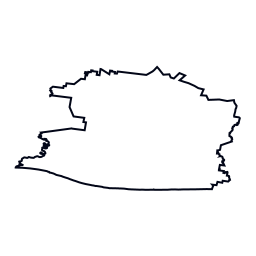 outline of Aldama, Tamaulipas, Mexico, rotated 91°
{"feature_id": "50627088B37332042551424", "entity_name": "Aldama", "entity_type": "district", "adm_level": 2, "iso_a3": "MEX", "parent_name": "Mexico", "parent_adm1": "Tamaulipas", "projection": "equal_earth", "projection_center": [-97.97, 22.96], "detail": "fine", "context": "isolated", "style": "outline", "palette": "ink", "viewbox_px": 256, "rotation_deg": 91, "n_neighbors": 0, "source": "geoboundaries", "source_scale": "gbopen_adm2", "svg_char_len": 5705}
<svg xmlns="http://www.w3.org/2000/svg" viewBox="0 0 256 256"><g transform="rotate(91 128 128)"><path d="M169.5,239.6L169.6,233.2L170.1,225.3L170.8,219.2L171.1,216.7L172.4,209.2L172.6,208.2L173.1,207.3L173.2,206.3L173.3,206.1L173.5,206.1L173.9,205.4L174.0,205.4L174.1,204.3L174.8,201.7L175.4,200.3L175.8,199.6L176.2,198.6L177.3,193.4L177.6,193.0L178.7,189.5L178.8,189.1L179.3,187.3L180.3,184.8L180.4,184.4L181.4,181.5L181.9,179.7L183.2,175.8L183.9,173.2L184.8,169.2L185.5,165.1L186.0,162.6L186.0,162.0L186.6,159.2L186.5,158.8L187.0,154.9L187.3,152.8L187.7,151.6L187.8,151.1L188.2,147.0L188.5,145.5L188.5,137.6L188.5,136.5L188.6,136.0L188.6,133.8L188.7,130.7L189.2,126.5L189.3,124.3L189.5,115.3L189.4,111.9L189.5,109.5L189.3,102.5L189.3,102.0L189.3,101.6L189.0,101.3L189.0,101.2L189.3,101.0L189.3,100.9L189.3,99.9L189.3,97.7L189.0,87.0L188.7,83.5L188.6,79.9L188.7,76.5L188.6,75.3L188.6,74.5L188.5,72.9L188.4,71.2L188.2,61.3L187.7,48.3L187.7,43.0L185.8,42.4L184.7,41.9L183.8,42.4L183.4,42.4L183.2,42.6L183.6,38.5L180.3,37.6L181.1,32.8L179.1,32.4L179.8,26.9L178.9,26.0L178.4,26.0L178.2,25.6L178.2,25.3L178.1,25.1L177.7,25.2L177.4,25.5L176.9,25.5L175.8,26.1L174.8,26.0L174.5,26.2L174.2,26.3L173.9,28.3L170.7,27.7L170.2,27.9L170.3,28.5L170.5,28.6L170.4,29.3L170.9,29.4L170.7,30.7L171.4,30.8L171.2,31.8L169.4,31.4L168.8,36.1L167.8,35.7L167.8,36.3L163.3,35.5L163.8,31.0L161.9,31.9L161.4,32.6L161.1,32.8L160.9,33.1L160.4,33.2L160.3,32.8L159.9,33.1L159.5,33.1L159.3,32.4L159.2,32.0L159.1,31.6L158.7,31.4L158.0,31.8L157.7,32.1L157.6,31.9L157.1,32.5L156.7,32.8L156.4,32.8L156.1,32.8L155.8,33.0L155.1,33.2L154.7,34.1L154.7,34.5L154.4,34.9L154.5,35.3L154.3,35.1L154.1,35.3L153.9,35.8L153.3,36.0L153.1,36.3L152.6,36.2L152.4,36.7L151.4,37.2L152.0,37.3L152.0,38.6L148.8,38.3L148.8,37.5L148.7,37.1L148.2,35.6L143.6,34.8L139.7,24.0L139.2,24.3L138.7,24.4L138.3,24.2L137.9,23.7L137.6,23.6L136.2,23.9L136.2,24.0L136.2,24.4L136.1,24.5L135.9,24.6L135.4,24.4L135.2,24.6L134.8,25.1L134.5,26.1L134.2,26.5L133.4,26.4L132.8,26.5L132.3,26.4L131.9,26.4L131.6,26.3L131.5,26.1L131.2,26.3L129.9,24.9L129.0,24.1L128.6,23.6L127.7,23.4L127.7,23.5L127.1,23.5L126.7,23.8L126.4,23.8L125.6,23.2L125.1,23.3L124.9,23.2L124.7,23.0L124.4,22.0L123.9,21.8L123.3,21.7L123.0,21.2L122.9,20.8L122.8,20.3L123.2,19.6L123.2,19.4L123.0,18.6L122.8,18.4L122.6,18.3L122.1,18.5L121.5,18.9L121.2,18.9L120.9,18.5L121.1,17.5L117.7,16.8L116.6,16.4L116.0,16.5L115.4,17.3L114.8,22.0L113.5,22.1L109.7,21.1L107.3,20.8L106.1,20.2L104.0,19.8L100.8,22.1L98.3,22.6L99.3,29.3L97.9,37.3L98.5,48.1L94.3,50.2L94.0,55.5L88.1,53.1L86.9,58.4L84.7,62.3L82.1,68.3L80.8,72.9L79.4,77.2L74.5,71.8L72.2,77.5L77.7,83.0L76.7,86.2L73.6,87.6L74.1,93.6L68.4,98.2L66.5,100.0L69.6,102.8L71.0,104.4L73.9,109.3L74.6,110.6L71.7,139.3L73.8,140.0L73.7,142.2L72.2,142.0L71.8,145.1L71.1,145.0L70.9,146.9L74.6,147.6L69.6,155.9L69.5,156.5L75.7,157.4L75.4,160.2L72.3,159.7L71.8,164.6L71.1,164.5L71.0,165.8L72.8,166.1L72.6,168.5L73.2,168.5L72.8,171.7L74.0,172.0L74.4,169.3L76.2,169.9L76.0,171.4L80.0,172.0L79.6,175.8L85.1,182.6L84.4,190.3L87.3,190.8L87.1,193.1L89.1,193.4L88.0,203.8L89.9,206.3L90.9,206.1L91.0,206.1L91.3,206.1L91.6,205.8L91.7,206.2L91.9,206.4L92.0,206.3L92.2,206.1L91.9,205.9L91.9,205.7L92.0,205.5L92.3,205.6L92.8,205.2L93.0,205.1L93.3,205.3L93.6,204.9L94.0,205.0L94.1,204.8L94.5,204.6L94.6,204.3L94.8,204.1L95.7,204.5L95.9,204.3L96.1,204.3L96.3,204.7L96.3,204.8L96.1,204.8L96.2,205.2L96.4,205.3L96.3,205.5L96.3,205.8L96.5,205.7L96.8,205.9L97.1,206.3L97.3,206.5L97.5,206.4L96.8,205.3L96.8,204.2L98.8,185.3L108.1,186.8L117.4,182.6L118.6,171.9L122.8,172.7L123.1,170.1L131.0,171.3L129.6,183.9L129.4,184.3L133.2,209.0L134.0,214.5L134.3,214.1L134.7,214.1L134.9,214.3L135.1,214.9L135.2,215.1L135.9,215.4L136.1,216.1L136.3,216.3L136.5,216.2L136.5,215.8L136.6,215.5L137.3,214.8L137.5,214.6L137.8,214.6L138.1,214.8L138.7,215.7L138.7,216.1L138.6,216.3L138.3,216.6L138.1,217.1L138.3,217.3L138.6,217.2L139.0,216.8L139.2,215.9L139.6,215.0L140.5,213.4L141.1,211.9L141.1,211.6L141.1,211.4L140.9,211.4L140.6,211.6L140.3,211.5L140.4,209.7L140.6,209.5L141.1,209.2L141.9,209.6L142.3,209.5L142.4,208.7L142.6,208.1L142.9,207.7L143.4,207.1L144.0,206.9L144.4,206.9L145.1,207.4L145.6,207.9L145.9,208.5L146.0,209.1L145.8,209.8L144.8,210.8L144.6,211.4L144.7,211.7L145.0,212.0L145.3,212.1L145.5,211.9L146.2,211.0L146.5,210.3L146.6,209.7L146.6,209.2L146.2,207.1L146.2,206.8L146.4,206.5L146.7,206.5L147.0,206.8L147.3,207.9L147.3,208.7L147.2,209.9L146.9,211.1L146.8,211.6L146.9,211.8L147.1,211.9L147.3,211.7L148.1,209.5L148.5,208.8L149.0,208.5L149.3,208.6L149.5,208.7L149.7,209.1L149.9,209.9L149.8,210.6L149.7,211.2L149.0,212.4L148.9,212.8L148.9,213.0L149.0,213.2L149.2,213.4L150.0,213.3L151.0,213.6L151.5,213.6L151.9,213.3L152.2,212.8L152.5,211.7L152.8,211.2L153.3,210.7L154.4,210.2L154.9,210.2L155.2,210.6L155.4,211.4L155.3,212.1L155.1,212.8L154.8,213.3L154.0,214.4L154.0,214.7L154.1,215.0L154.3,215.2L154.6,215.3L154.9,215.1L155.3,214.5L155.4,213.6L155.6,212.7L155.9,212.1L156.4,211.5L156.8,211.3L157.0,211.4L157.5,212.6L158.2,213.7L158.5,214.5L158.6,215.2L158.6,215.9L158.5,216.4L157.9,217.6L157.8,218.2L157.9,218.7L158.6,220.6L159.4,221.6L159.5,222.2L159.3,224.5L159.1,225.4L158.8,226.3L158.8,226.6L158.8,226.9L159.5,227.7L159.7,228.4L159.6,228.7L159.4,229.8L159.2,230.9L159.3,231.4L159.8,232.1L160.5,233.3L161.1,233.6L162.2,233.6L162.7,233.7L163.1,234.4L163.3,235.1L163.4,236.1L163.6,236.2L163.8,235.9L164.1,235.7L164.7,235.6L165.0,235.3L165.4,235.7L166.1,235.9L166.1,235.4L165.9,234.8L165.9,234.5L166.1,234.4L166.4,233.8L166.5,233.3L166.7,232.7L166.8,232.7L166.9,232.8L167.0,233.5L166.9,234.1L167.0,234.5L168.0,237.7L168.3,238.8L169.3,239.6L169.5,239.6Z" fill="none" stroke="#020617" stroke-width="2"/></g></svg>